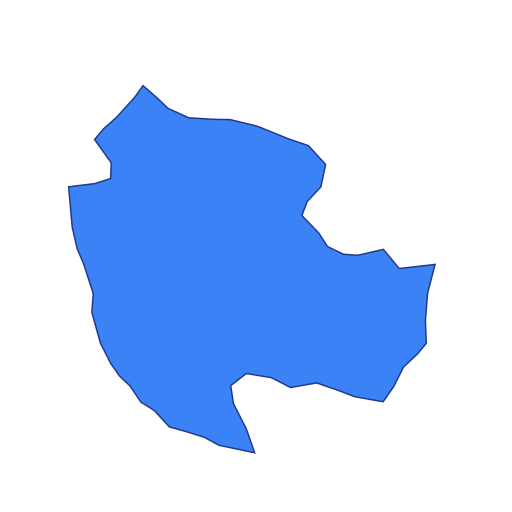 outline of Pyrga Ammochostou, Cyprus, rotated 167°
{"feature_id": "46923920B31691504288871", "entity_name": "Pyrga Ammochostou", "entity_type": "district", "adm_level": 2, "iso_a3": "CYP", "parent_name": "Cyprus", "parent_adm1": "", "projection": "mercator", "projection_center": [33.722, 35.186], "detail": "fine", "context": "isolated", "style": "filled", "palette": "blue", "viewbox_px": 512, "rotation_deg": 167, "n_neighbors": 0, "source": "geoboundaries", "source_scale": "gbopen_adm2", "svg_char_len": 893}
<svg xmlns="http://www.w3.org/2000/svg" viewBox="0 0 512 512"><g transform="rotate(167 256 256)"><path d="M83.4,207.5L119.3,211.6L130.4,233.8L156.6,233.8L170.4,238.0L184.2,249.1L189.7,264.3L202.2,285.1L193.9,297.6L177.3,308.7L167.6,329.5L180.1,351.7L198.0,362.8L225.6,382.2L250.5,394.7L267.0,398.8L290.5,405.8L308.5,419.6L316.7,432.1L327.8,447.4L338.8,437.7L360.9,422.4L376.1,414.1L387.1,405.8L376.1,379.4L380.2,364.2L396.8,362.8L423.0,365.6L428.6,325.3L428.6,303.1L425.8,287.9L423.0,256.0L428.6,238.0L427.2,206.1L421.7,183.9L416.1,170.0L407.9,157.5L401.0,139.5L389.9,128.4L378.9,109.0L363.7,100.7L347.1,91.0L334.7,79.9L301.6,64.6L304.3,89.6L311.2,117.3L309.8,135.4L291.9,143.7L268.4,134.0L251.9,120.1L225.6,118.7L207.7,107.6L191.1,96.5L164.9,85.4L151.1,97.9L137.3,114.6L120.7,124.3L109.7,132.6L105.5,154.8L97.2,181.1L83.4,207.5Z" fill="#3b82f6" stroke="#1e3a8a" stroke-width="1.5"/></g></svg>